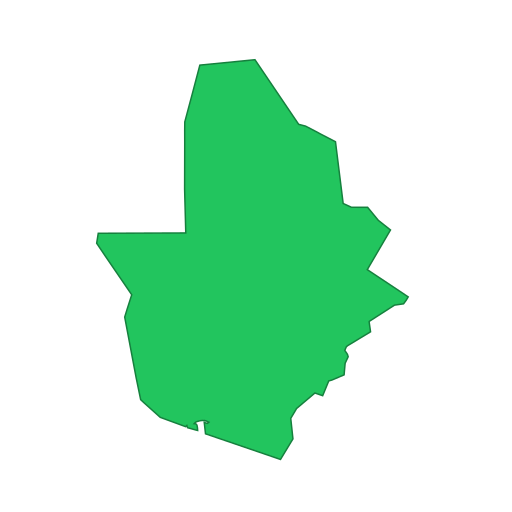 outline of Granados, Sonora, Mexico, rotated 197°
{"feature_id": "50627088B73920432154329", "entity_name": "Granados", "entity_type": "district", "adm_level": 2, "iso_a3": "MEX", "parent_name": "Mexico", "parent_adm1": "Sonora", "projection": "albers", "projection_center": [-109.323, 29.751], "detail": "fine", "context": "isolated", "style": "filled", "palette": "green", "viewbox_px": 512, "rotation_deg": 197, "n_neighbors": 0, "source": "geoboundaries", "source_scale": "gbopen_adm2", "svg_char_len": 1340}
<svg xmlns="http://www.w3.org/2000/svg" viewBox="0 0 512 512"><g transform="rotate(197 256 256)"><path d="M172.9,120.7L172.7,121.9L159.6,142.2L151.4,141.9L149.9,157.8L147.1,159.6L137.0,168.1L139.4,179.5L138.4,186.6L139.8,188.7L143.5,191.7L143.1,195.5L142.2,197.0L124.3,217.0L128.6,226.2L128.4,226.8L109.2,249.5L100.9,253.4L99.4,257.7L98.5,261.4L145.6,275.5L135.0,320.2L149.5,325.9L163.5,335.2L179.0,330.5L188.0,331.7L213.4,388.5L230.3,391.6L233.6,392.3L246.6,394.7L253.7,394.4L314.4,443.4L365.1,422.3L365.5,422.1L364.4,394.2L363.3,363.4L360.9,355.2L357.1,342.9L343.8,299.0L329.9,257.5L413.5,231.6L412.1,221.6L399.9,211.7L363.5,182.6L363.7,168.0L363.7,159.2L335.0,104.5L324.3,84.9L319.6,82.6L300.4,73.7L276.5,72.4L273.5,72.2L272.6,73.7L271.3,71.8L262.7,72.0L260.8,72.1L261.4,73.7L261.9,74.9L262.5,76.0L262.6,76.3L262.9,76.7L263.1,77.0L263.4,77.3L263.6,77.5L263.8,77.6L264.0,77.7L264.1,77.8L264.4,77.8L264.7,77.8L265.1,77.8L266.1,77.6L265.5,78.8L265.2,79.3L264.5,80.0L263.6,80.7L262.6,81.3L262.2,81.6L261.5,82.0L260.9,82.3L260.6,82.5L260.0,82.7L259.5,82.9L258.5,83.3L258.4,83.3L256.6,83.4L256.7,83.7L256.4,83.7L256.2,83.7L255.8,83.7L255.5,83.7L255.1,83.7L254.7,83.6L254.2,83.5L253.7,83.4L252.5,83.3L253.5,81.7L256.8,81.6L252.3,71.2L173.1,68.6L167.2,91.9L175.3,110.9L172.9,120.7Z" fill="#22c55e" stroke="#15803d" stroke-width="1.5"/></g></svg>